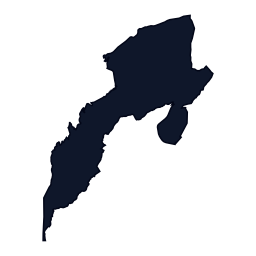 Álvaro Obregón, Distrito Federal, Mexico (Natural Earth projection)
{"feature_id": "50627088B40867789831211", "entity_name": "Álvaro Obregón", "entity_type": "district", "adm_level": 2, "iso_a3": "MEX", "parent_name": "Mexico", "parent_adm1": "Distrito Federal", "projection": "natural_earth1", "projection_center": [-99.259, 19.318], "detail": "fine", "context": "isolated", "style": "filled", "palette": "ink", "viewbox_px": 256, "rotation_deg": 0, "n_neighbors": 0, "source": "geoboundaries", "source_scale": "gbopen_adm2", "svg_char_len": 5757}
<svg xmlns="http://www.w3.org/2000/svg" viewBox="0 0 256 256"><path d="M45.4,240.6L45.0,238.7L44.8,236.6L44.6,236.3L44.8,234.2L44.7,233.5L44.2,232.9L44.4,231.9L44.9,230.5L47.8,226.8L48.7,226.4L49.3,226.7L50.5,225.0L50.7,223.9L50.3,223.4L50.6,222.9L50.3,221.5L50.9,220.3L51.1,219.7L51.2,218.9L51.1,217.3L51.8,216.4L52.1,216.6L52.4,216.5L52.4,215.6L52.2,215.1L52.5,214.5L52.4,214.1L52.9,213.4L53.2,212.0L53.7,211.2L53.7,210.9L52.9,209.9L53.1,209.4L53.7,209.2L54.1,208.8L54.8,209.0L55.9,208.9L56.5,208.4L57.7,208.4L58.8,208.2L60.4,207.1L63.2,207.6L64.3,207.3L65.8,206.7L66.2,206.3L66.8,206.3L67.5,206.0L67.7,205.4L68.0,205.2L68.5,203.9L69.2,203.2L69.5,203.1L70.4,203.4L72.4,202.7L72.6,202.1L73.5,201.0L73.7,200.5L75.6,199.6L76.6,198.5L76.8,197.6L76.8,196.7L77.4,195.5L78.2,194.5L78.4,193.6L80.3,192.5L81.7,191.0L84.0,191.2L85.5,190.5L86.4,189.0L86.6,187.3L86.9,187.1L87.9,185.4L88.7,184.7L88.9,183.9L88.7,183.5L88.2,183.2L88.0,182.3L88.5,181.8L89.0,181.2L89.8,179.5L90.7,178.9L91.1,177.4L92.2,177.2L92.8,176.7L93.3,176.1L93.9,176.1L94.4,176.4L94.7,176.0L94.8,174.8L99.8,171.4L96.7,166.3L98.3,163.3L100.0,160.9L100.8,159.5L100.8,159.0L101.0,158.1L101.2,157.8L101.5,157.0L101.9,154.6L101.7,154.1L101.9,153.0L102.9,152.4L103.8,150.4L103.1,150.1L101.9,148.9L101.1,148.7L102.0,147.9L103.1,146.5L105.3,145.2L105.0,144.9L103.5,144.3L103.0,143.4L102.5,143.0L102.2,142.4L102.0,141.1L102.6,140.3L102.3,140.0L103.5,136.8L103.2,136.4L103.0,136.7L102.9,136.2L103.4,135.6L104.1,134.1L105.3,133.5L106.2,133.2L106.1,133.5L106.3,133.8L107.1,134.1L108.1,134.2L109.6,131.8L111.1,130.5L112.0,129.3L112.7,128.6L113.5,126.2L114.3,124.9L115.7,123.2L117.4,121.8L118.5,119.9L118.8,118.7L120.0,117.0L121.4,116.5L122.1,116.6L123.3,116.3L125.8,116.3L126.5,116.1L127.6,115.3L130.8,114.9L131.3,114.5L132.2,114.3L133.0,114.5L133.8,115.1L135.7,118.8L136.6,119.8L137.7,119.4L138.2,119.7L139.9,119.4L140.9,118.8L141.4,117.8L143.5,116.6L144.2,116.1L145.7,114.4L146.0,113.7L146.4,113.4L146.7,112.7L148.8,111.8L151.2,110.3L152.2,110.4L154.5,109.3L154.6,109.1L154.5,108.8L156.5,107.8L157.7,107.4L160.1,107.2L160.8,106.7L162.4,106.3L163.0,105.6L163.6,105.5L164.1,105.2L164.4,104.4L164.9,104.0L166.3,103.8L167.7,104.3L168.1,104.2L168.7,104.3L172.1,102.1L173.1,102.2L171.8,104.6L173.5,103.8L174.0,104.3L172.3,106.1L171.0,108.1L168.0,115.3L167.2,116.7L165.5,118.6L158.7,124.2L157.9,125.2L157.6,126.1L157.5,127.3L158.6,133.9L159.6,136.4L161.2,138.9L162.3,140.4L163.7,141.6L165.5,142.4L166.6,142.7L175.0,144.4L175.3,143.1L175.6,143.6L181.2,137.2L180.9,136.9L180.1,136.8L180.1,136.2L187.0,123.2L187.3,112.1L185.6,108.9L185.5,108.2L185.6,107.7L184.9,107.5L181.5,108.2L181.6,107.8L182.9,105.9L183.6,105.2L187.8,104.0L191.2,103.4L191.9,102.3L192.3,101.9L192.2,101.0L192.5,101.1L193.5,99.6L194.5,98.7L195.2,97.9L196.1,97.6L196.5,96.7L198.4,94.7L199.2,94.5L199.9,93.0L200.5,90.6L200.9,90.5L201.7,89.6L202.8,90.0L203.1,89.7L203.6,87.1L203.8,86.6L206.3,83.8L206.8,82.9L208.8,80.9L211.5,77.2L212.9,73.5L211.2,72.1L209.8,70.3L206.2,66.2L204.6,67.9L204.3,68.7L203.9,68.9L202.0,69.2L201.1,69.6L199.6,70.7L197.4,70.7L195.9,70.0L194.8,69.1L193.5,69.0L191.4,68.4L191.7,63.9L190.6,60.8L190.7,57.3L190.2,55.3L190.8,49.7L190.6,47.1L190.6,43.1L192.2,38.5L194.4,28.7L194.3,28.0L191.9,21.2L191.1,19.9L190.1,18.8L190.0,18.1L190.1,15.4L183.6,16.3L179.3,18.2L169.7,19.7L167.3,20.6L164.9,22.0L155.2,25.7L153.6,26.0L151.0,25.8L148.1,26.5L146.9,27.0L145.2,27.0L141.3,28.8L139.8,28.7L139.3,28.9L138.3,29.7L138.0,30.2L138.0,32.5L137.3,34.6L134.6,36.9L133.4,37.5L131.4,36.9L130.3,37.1L125.8,41.3L118.1,47.1L114.0,51.4L113.2,52.1L111.0,53.3L107.4,54.0L106.2,55.3L104.8,55.1L104.1,55.3L103.6,55.6L103.4,56.5L103.8,57.9L105.3,57.4L105.5,58.5L105.5,59.2L105.1,60.3L104.5,61.0L105.3,61.5L105.9,61.4L106.7,60.6L107.6,58.8L107.9,57.6L108.6,57.1L109.0,57.5L107.2,62.7L107.1,63.7L107.5,66.8L107.4,67.7L107.1,68.3L109.0,69.2L111.5,70.1L112.5,70.7L113.3,71.6L113.5,72.2L114.8,80.6L115.5,83.8L115.4,85.9L115.7,86.2L116.5,86.0L116.7,86.4L115.5,87.3L114.9,88.3L114.0,88.5L113.4,89.0L113.6,89.1L114.3,88.7L115.0,88.8L115.7,88.5L115.8,88.7L114.4,89.4L114.0,89.4L113.7,89.8L112.5,90.1L112.2,90.4L111.3,90.3L110.9,91.2L110.1,91.4L110.0,92.3L109.3,92.4L109.1,93.1L108.5,93.4L108.1,93.9L107.1,93.9L106.2,95.7L105.3,96.8L104.1,96.6L102.8,97.7L94.1,102.3L92.8,102.4L92.1,102.8L91.1,102.7L91.2,103.2L92.2,103.8L92.4,104.2L92.3,105.3L92.2,105.5L91.9,105.6L90.4,105.1L88.2,103.7L87.4,103.7L86.9,103.9L84.1,110.9L84.2,111.7L85.0,112.7L83.6,112.1L83.2,111.6L83.1,110.7L83.9,108.4L83.8,108.0L83.6,107.9L83.2,108.1L81.9,109.7L81.1,111.4L79.9,113.5L79.8,114.5L80.4,116.3L80.4,116.8L79.4,119.0L79.3,120.1L79.7,122.0L80.5,122.6L80.8,123.0L80.6,123.7L78.6,124.3L77.8,124.9L77.3,125.8L77.1,127.1L76.4,129.0L76.2,129.5L75.9,129.7L75.2,128.8L74.5,129.3L74.1,129.2L74.2,128.1L73.8,127.4L72.2,126.7L71.6,125.7L71.2,124.0L70.6,123.6L70.0,122.6L69.6,122.6L69.4,125.3L69.0,126.0L68.8,127.3L68.3,127.5L68.1,127.8L68.8,128.6L68.9,129.7L70.1,133.5L69.6,135.5L68.9,135.9L68.7,137.0L68.7,139.4L68.2,139.4L67.1,137.7L66.5,137.3L65.4,139.5L64.6,140.0L63.6,142.4L63.1,142.4L62.3,141.4L62.0,141.6L61.9,142.9L61.4,144.4L60.4,145.2L60.0,145.2L59.7,144.7L59.8,143.8L59.7,143.0L58.9,142.0L58.6,142.1L58.2,143.0L57.5,142.8L57.3,143.0L56.9,143.5L56.5,144.6L56.5,145.0L56.8,146.2L56.7,146.4L55.6,146.5L55.0,147.2L54.7,147.9L54.6,150.0L53.8,150.0L53.3,150.2L52.6,151.2L51.9,151.9L52.5,153.0L51.8,155.3L51.5,155.9L51.1,157.4L51.1,158.4L51.3,159.0L51.1,159.5L51.2,159.9L51.1,160.6L51.2,161.7L51.6,162.8L51.7,163.9L52.6,165.2L52.1,168.1L51.7,168.8L51.6,170.2L52.1,172.5L52.5,173.4L52.6,175.4L52.0,178.6L51.6,179.2L51.3,180.6L51.4,181.3L51.1,182.1L51.1,183.3L50.8,185.0L49.2,187.2L43.8,197.9L44.0,216.8L43.2,233.1L43.1,240.6L45.4,240.6Z" fill="#0f172a" stroke="#020617" stroke-width="1.5"/></svg>